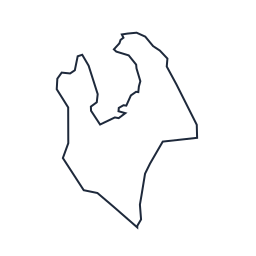 Loga, Dosso, Niger, rotated 146°
{"feature_id": "23599985B16490635358595", "entity_name": "Loga", "entity_type": "district", "adm_level": 2, "iso_a3": "NER", "parent_name": "Niger", "parent_adm1": "Dosso", "projection": "equal_earth", "projection_center": [3.398, 13.629], "detail": "fine", "context": "isolated", "style": "outline", "palette": "slate", "viewbox_px": 256, "rotation_deg": 146, "n_neighbors": 0, "source": "geoboundaries", "source_scale": "gbopen_adm2", "svg_char_len": 839}
<svg xmlns="http://www.w3.org/2000/svg" viewBox="0 0 256 256"><g transform="rotate(146 128 128)"><path d="M56.5,163.5L58.3,174.4L61.4,181.8L62.6,194.1L67.6,202.2L75.5,206.5L80.8,209.0L81.3,205.4L84.9,205.2L87.8,203.0L95.7,201.1L95.0,197.9L86.8,187.8L85.8,176.0L87.6,172.7L91.6,159.9L95.7,156.4L99.4,152.0L101.1,153.5L107.4,153.4L116.9,147.5L119.0,149.4L124.4,149.8L126.5,147.2L121.9,141.8L130.2,141.4L133.0,144.1L149.2,146.5L149.0,163.0L146.8,166.5L139.5,166.8L134.2,173.0L125.8,201.7L125.0,214.3L129.6,215.6L139.8,205.6L145.5,205.6L152.0,211.0L159.0,208.4L165.4,200.0L166.1,178.5L186.0,148.8L198.8,139.5L199.5,101.2L189.7,91.2L184.1,71.2L175.9,40.4L175.0,41.7L168.3,44.9L161.0,57.8L154.4,64.7L139.4,80.6L129.6,86.2L106.8,97.3L76.2,81.2L69.2,92.2L63.5,136.8L61.5,157.3L56.5,163.5Z" fill="none" stroke="#1e293b" stroke-width="2"/></g></svg>